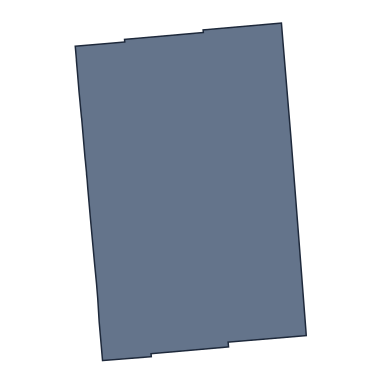 outline of Cherry, Nebraska, United States of America, rotated 265°
{"feature_id": "52423323B98864499560077", "entity_name": "Cherry", "entity_type": "district", "adm_level": 2, "iso_a3": "USA", "parent_name": "United States of America", "parent_adm1": "Nebraska", "projection": "mercator", "projection_center": [-100.973, 42.543], "detail": "fine", "context": "isolated", "style": "filled", "palette": "slate", "viewbox_px": 384, "rotation_deg": 265, "n_neighbors": 0, "source": "geoboundaries", "source_scale": "gbopen_adm2", "svg_char_len": 640}
<svg xmlns="http://www.w3.org/2000/svg" viewBox="0 0 384 384"><g transform="rotate(265 192 192)"><path d="M352.5,295.8L352.5,217.2L349.9,217.2L349.9,138.1L347.3,138.1L347.3,123.2L347.4,88.4L334.1,88.4L333.1,88.3L322.0,88.3L321.1,88.3L301.4,88.2L291.1,88.3L289.5,88.3L288.0,88.3L275.9,88.4L274.8,88.5L235.3,88.4L231.9,88.5L228.8,88.5L220.1,88.6L219.1,88.5L213.1,88.6L205.9,88.5L175.2,88.5L174.8,88.5L174.6,88.5L129.3,88.7L108.4,88.9L93.7,88.8L70.8,88.2L31.9,88.2L31.5,137.1L34.5,137.1L34.5,214.9L39.3,214.9L39.0,293.3L44.7,293.4L141.7,294.4L238.9,295.3L335.8,295.7L352.5,295.8Z" fill="#64748b" stroke="#1e293b" stroke-width="1.5"/></g></svg>